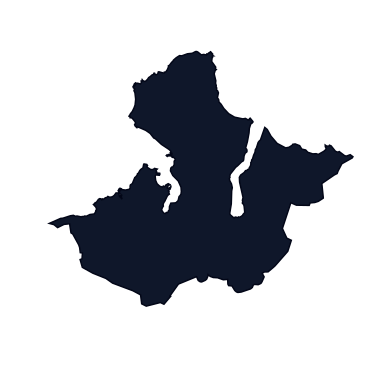 outline of Vanylven nor, Møre og Romsdal, Norway, rotated 38°
{"feature_id": "86288312B81426606335863", "entity_name": "Vanylven nor", "entity_type": "district", "adm_level": 2, "iso_a3": "NOR", "parent_name": "Norway", "parent_adm1": "Møre og Romsdal", "projection": "orthographic", "projection_center": [5.551, 62.082], "detail": "fine", "context": "isolated", "style": "filled", "palette": "ink", "viewbox_px": 384, "rotation_deg": 38, "n_neighbors": 0, "source": "geoboundaries", "source_scale": "gbopen_adm2", "svg_char_len": 6019}
<svg xmlns="http://www.w3.org/2000/svg" viewBox="0 0 384 384"><g transform="rotate(38 192 192)"><path d="M98.9,304.6L103.4,302.7L108.0,302.8L111.1,296.3L115.1,292.4L121.8,298.7L123.9,298.5L135.3,303.4L137.7,305.0L141.3,308.6L143.2,307.5L146.5,312.4L145.4,314.1L152.0,318.9L163.9,317.0L177.4,313.1L185.5,312.7L206.2,306.2L214.8,304.7L221.2,311.1L226.2,310.1L235.1,298.6L239.0,297.7L239.4,287.3L238.6,287.4L238.0,272.9L247.7,255.9L251.4,257.9L253.7,257.7L255.0,256.9L256.8,253.5L257.2,251.7L256.4,248.7L255.5,247.2L258.3,247.3L261.4,246.3L265.0,243.8L270.7,241.9L273.9,238.9L277.0,242.5L278.5,243.2L281.3,241.4L286.4,243.3L288.5,243.4L290.0,242.9L292.4,240.5L297.8,232.3L298.3,230.1L297.5,227.4L298.3,226.2L301.2,224.3L302.5,221.8L302.6,220.8L302.3,219.2L301.1,214.5L297.3,212.8L298.3,210.4L301.1,208.1L302.5,201.4L302.9,199.1L304.0,179.8L300.0,168.9L295.1,170.0L285.7,165.1L276.5,139.6L282.4,138.1L292.6,130.4L291.8,127.9L295.2,124.7L297.3,121.6L299.1,116.4L299.2,116.0L298.8,115.5L289.1,105.4L293.7,90.8L295.0,88.1L294.2,85.6L292.7,77.5L297.3,66.5L297.1,65.1L293.7,65.2L291.6,68.6L290.0,69.4L283.1,69.5L282.5,70.8L280.0,71.6L273.2,70.0L271.5,70.5L271.6,71.6L269.9,72.9L268.1,73.0L269.2,74.3L270.7,74.9L271.3,76.2L270.8,78.8L268.4,84.6L266.2,85.4L263.7,87.6L258.8,89.4L255.7,88.9L252.1,90.6L248.3,89.2L243.7,90.6L242.0,92.4L242.2,93.3L240.9,97.0L238.6,99.6L229.2,101.3L219.9,99.4L212.8,96.4L209.6,96.3L213.9,108.9L213.6,110.2L213.6,112.2L215.7,117.8L215.8,119.5L217.2,122.0L217.9,125.1L219.3,128.6L219.3,130.0L220.1,131.3L220.3,132.8L221.2,133.7L222.1,135.9L222.1,137.4L222.6,138.2L222.6,139.3L222.0,140.1L221.9,141.4L221.0,142.2L221.1,144.6L219.9,148.7L220.3,151.3L223.4,154.9L235.6,164.9L236.8,167.5L238.2,168.7L238.4,169.7L240.6,170.2L242.0,171.3L246.2,175.7L246.0,178.3L246.3,179.3L245.2,182.5L244.1,182.9L244.1,183.7L241.4,185.2L241.5,186.1L240.8,186.6L236.1,186.4L234.9,185.6L230.3,177.2L222.6,166.7L221.1,163.8L218.1,161.3L214.6,159.7L213.0,158.2L213.0,157.2L212.0,156.3L211.2,154.4L211.2,145.7L211.8,143.2L212.5,137.7L213.2,136.1L213.0,135.0L210.8,131.5L210.0,128.7L210.5,126.7L210.1,125.8L208.9,124.7L207.2,124.4L204.7,118.3L200.6,110.4L198.0,106.5L196.4,102.2L196.9,100.9L196.5,100.7L197.0,99.5L196.7,99.0L192.4,98.0L192.1,98.8L192.6,99.8L191.7,100.7L188.8,101.1L187.0,103.1L179.5,106.8L172.7,107.7L165.7,106.6L160.8,104.9L157.9,104.5L156.0,102.7L154.0,102.1L151.8,97.6L149.9,96.5L148.8,96.7L147.3,94.7L146.4,94.5L145.6,93.2L143.6,91.8L142.3,89.7L136.7,85.2L135.5,82.1L135.7,80.5L134.6,80.7L133.8,79.0L127.1,77.0L125.1,73.6L124.8,73.1L125.1,73.0L124.5,72.1L125.0,71.6L124.2,71.7L122.7,70.7L122.9,70.5L119.7,69.9L120.5,70.5L120.2,70.5L120.3,71.0L119.6,72.0L119.3,73.8L118.9,74.0L119.2,74.2L119.1,75.0L116.5,76.4L114.9,78.2L110.5,78.1L109.2,78.4L108.3,79.2L106.8,82.5L103.3,85.9L100.1,91.0L98.2,92.2L96.9,95.9L96.2,99.5L96.4,100.8L96.1,102.4L96.2,105.9L95.7,107.2L96.4,107.8L97.3,111.0L97.2,112.0L97.5,112.6L97.3,113.7L96.5,114.5L96.9,114.8L96.7,115.6L91.8,117.7L91.5,118.5L92.2,119.2L92.2,120.2L91.7,121.6L90.8,122.1L89.4,121.4L88.9,121.7L89.2,123.1L88.4,124.5L88.0,126.8L87.4,128.5L87.6,130.6L87.2,133.3L86.8,133.9L84.7,134.5L83.6,134.2L84.2,135.6L83.7,136.0L84.3,136.3L84.9,137.5L84.8,138.7L82.2,139.7L81.3,141.1L81.2,140.6L80.4,140.6L80.0,142.2L80.3,143.2L81.3,142.8L81.6,143.2L81.4,143.8L80.5,143.6L80.7,145.4L81.7,146.0L83.0,145.8L83.1,146.4L83.6,146.5L83.9,147.9L85.9,148.9L90.5,153.6L93.6,158.5L94.5,161.3L95.4,165.4L95.3,168.3L95.7,169.2L95.5,169.7L95.7,171.1L96.9,171.0L97.6,171.6L98.2,170.9L99.6,170.7L103.7,171.6L105.1,172.4L105.4,173.2L105.1,173.9L105.4,174.4L107.0,175.1L108.0,174.4L108.2,174.6L108.1,175.1L108.6,175.4L109.0,175.2L108.7,174.7L109.2,174.2L110.9,173.6L117.6,171.9L122.9,171.6L128.6,173.0L130.5,172.6L138.6,173.3L147.8,172.6L150.2,172.9L150.8,173.6L150.6,174.4L150.8,174.6L152.5,173.8L152.9,174.2L152.0,175.3L152.4,175.5L150.7,176.6L150.2,177.2L150.5,177.9L149.9,178.6L149.4,178.4L149.3,179.1L150.6,179.2L150.7,178.6L152.2,177.2L154.0,176.2L154.4,176.5L154.7,176.1L155.0,176.8L155.5,176.6L155.4,175.9L158.4,176.3L159.1,177.4L158.9,178.2L159.1,178.9L161.1,181.3L161.5,184.1L160.7,184.8L160.6,186.3L162.0,188.6L166.7,190.8L174.4,191.8L180.4,195.0L183.3,198.2L184.6,200.4L184.8,202.2L184.6,203.5L186.3,207.2L186.3,207.9L186.0,210.0L185.5,210.9L182.2,213.8L183.2,217.4L185.1,219.9L185.1,221.8L185.6,222.5L185.2,223.5L184.4,223.9L184.2,225.5L182.6,226.1L179.1,224.9L178.3,222.7L178.1,220.7L177.1,219.9L176.3,217.8L176.3,216.4L175.0,210.4L175.1,208.7L175.5,207.6L174.1,206.9L173.8,205.9L172.6,205.7L172.6,204.8L173.0,203.4L172.2,200.9L172.0,200.7L171.7,202.6L171.1,203.6L170.3,204.3L169.8,203.8L170.0,203.7L169.4,202.3L169.5,200.6L171.0,199.6L168.1,200.1L167.0,202.9L167.3,204.2L167.0,204.9L165.7,205.0L165.7,206.3L163.0,207.3L159.4,207.0L156.3,205.3L153.3,202.3L153.0,201.3L153.3,200.6L156.0,198.9L155.9,198.1L155.1,197.1L154.2,197.5L153.2,198.9L151.9,199.0L151.7,198.6L152.0,198.0L150.0,197.1L150.4,196.4L150.5,195.3L147.9,196.5L147.6,198.1L145.7,199.7L141.5,200.1L140.6,199.3L140.7,198.6L139.4,198.1L137.0,199.4L136.8,199.8L138.5,203.2L137.7,205.9L137.7,207.6L138.2,210.0L137.8,211.2L138.4,212.5L138.3,215.0L138.0,215.8L139.8,222.1L139.1,224.3L139.6,225.5L140.6,226.6L141.0,228.3L138.4,231.4L134.9,233.5L134.5,232.9L132.9,233.4L132.6,235.0L133.4,235.3L133.7,234.2L134.5,234.4L134.3,234.8L134.6,236.0L134.2,236.7L132.4,236.0L134.5,237.2L134.9,236.8L135.8,237.5L138.1,237.7L137.8,239.1L138.3,239.0L138.3,237.8L138.7,237.9L139.2,239.4L141.6,240.6L137.4,240.1L135.6,238.4L134.0,238.5L132.7,239.5L132.8,242.7L132.1,244.9L130.4,246.8L128.4,247.3L128.4,248.4L127.3,249.9L126.5,252.6L125.7,252.6L125.7,253.6L124.4,253.4L123.3,254.1L122.8,255.4L123.0,259.1L122.8,260.2L122.3,260.1L122.3,261.5L122.0,262.5L125.5,263.1L127.4,264.2L127.7,266.1L128.1,266.6L128.4,267.9L128.4,269.6L125.4,272.6L123.7,276.1L122.2,277.0L121.9,277.8L120.4,279.1L120.4,279.6L116.2,281.7L115.1,282.9L112.9,283.4L110.8,285.6L106.4,292.1L104.7,293.7L98.9,304.6Z" fill="#0f172a" stroke="#020617" stroke-width="1.5"/></g></svg>